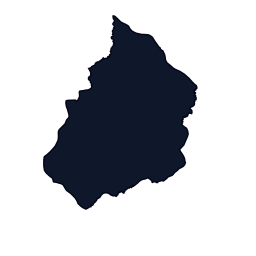 outline of Khongxedone, Saravan, Laos, rotated 119°
{"feature_id": "54806243B74103700383879", "entity_name": "Khongxedone", "entity_type": "district", "adm_level": 2, "iso_a3": "LAO", "parent_name": "Laos", "parent_adm1": "Saravan", "projection": "albers", "projection_center": [105.743, 15.558], "detail": "fine", "context": "isolated", "style": "filled", "palette": "ink", "viewbox_px": 256, "rotation_deg": 119, "n_neighbors": 0, "source": "geoboundaries", "source_scale": "gbopen_adm2", "svg_char_len": 5601}
<svg xmlns="http://www.w3.org/2000/svg" viewBox="0 0 256 256"><g transform="rotate(119 128 128)"><path d="M157.9,73.6L157.1,71.3L153.8,69.9L151.2,69.2L148.0,66.5L146.7,66.1L144.1,65.6L141.1,64.3L138.7,63.7L137.4,62.7L134.9,61.2L132.9,60.7L130.5,61.0L129.3,62.3L127.3,63.8L125.7,65.9L123.8,69.4L123.3,70.5L121.9,72.5L115.7,71.0L114.9,71.1L106.2,72.0L104.0,72.6L102.0,74.1L100.5,75.9L100.0,76.6L99.8,77.4L99.7,79.4L99.3,81.6L99.1,82.1L98.7,82.4L98.4,82.8L97.9,83.1L97.6,83.1L97.2,82.8L96.7,83.1L95.8,83.2L95.5,83.4L95.4,84.2L95.1,84.5L94.6,84.4L94.0,84.2L93.5,84.1L93.2,84.4L92.6,85.0L92.1,85.1L91.8,84.8L91.6,84.3L91.4,84.3L91.3,84.5L91.0,84.5L90.9,84.4L90.9,84.2L91.2,84.0L91.2,83.8L90.5,83.0L89.6,82.8L89.5,82.3L89.2,82.1L88.5,81.8L88.2,81.8L87.3,82.4L86.7,82.1L85.9,82.2L85.4,81.8L85.1,81.2L84.7,80.7L84.7,79.6L84.4,79.4L83.8,80.1L83.6,80.0L83.5,79.9L83.3,79.7L82.8,80.1L82.2,80.3L82.0,81.0L81.6,81.1L81.5,81.4L81.7,81.8L81.5,82.2L81.7,82.9L81.5,83.2L81.2,83.3L80.9,83.3L79.9,83.0L79.5,83.0L79.0,83.3L78.8,83.3L78.6,83.2L78.4,82.8L78.1,82.6L78.1,82.3L77.9,82.0L77.6,82.1L76.9,81.6L75.9,81.3L74.8,81.5L73.8,82.2L73.2,82.6L72.0,82.6L71.7,82.7L71.2,83.0L70.7,83.0L70.4,82.4L70.2,82.3L69.8,82.4L69.4,82.8L68.6,83.1L68.2,83.5L68.2,83.8L68.5,84.0L68.5,84.3L68.4,84.4L67.4,84.4L67.0,84.6L66.9,85.1L67.2,85.7L67.0,85.9L66.3,85.9L65.9,86.0L65.1,85.9L64.7,85.9L64.5,86.2L64.6,86.5L65.1,86.9L64.9,87.7L63.6,87.7L62.4,88.5L62.2,88.4L62.2,87.6L62.0,87.3L61.8,87.3L61.4,88.0L61.1,88.0L60.7,87.4L60.1,87.1L59.8,87.2L59.3,87.4L59.1,87.7L58.6,88.0L57.9,88.7L57.6,90.8L56.7,94.0L55.0,98.8L53.7,104.8L53.4,109.3L53.4,110.5L53.8,114.9L53.7,117.5L52.9,121.0L52.1,125.5L51.5,126.6L50.4,128.2L47.4,130.4L46.2,131.5L45.4,132.5L43.7,134.9L43.6,136.4L43.6,137.3L42.3,139.0L42.2,140.3L41.2,142.3L38.9,147.1L36.9,150.6L36.6,152.3L36.5,154.4L36.9,156.0L39.7,161.8L41.2,167.0L41.3,169.1L41.3,171.7L40.1,175.0L38.9,176.5L38.6,177.7L38.5,180.1L38.7,182.2L38.8,185.7L37.8,189.4L37.5,190.2L36.7,193.7L37.1,195.3L37.6,195.2L39.0,194.2L39.7,193.4L40.0,192.7L40.1,191.9L41.4,191.6L42.7,191.6L43.8,191.8L44.3,191.6L44.7,191.3L44.9,190.9L45.0,190.2L45.1,189.9L45.7,189.1L46.0,188.9L46.5,188.8L47.0,189.1L47.3,189.1L47.9,188.8L48.8,188.7L49.4,188.3L49.7,188.3L50.3,188.6L50.7,188.6L51.4,188.1L51.6,187.4L52.2,187.1L52.5,187.0L53.5,187.0L53.7,186.8L53.8,186.2L54.5,185.6L55.1,185.6L56.2,186.5L56.7,186.5L57.1,186.4L57.8,185.3L57.5,184.5L57.5,184.1L57.9,183.1L58.1,182.9L58.5,183.2L59.1,183.2L59.5,183.1L59.8,182.8L60.0,182.0L60.5,181.5L61.1,181.3L62.3,181.1L63.1,180.6L63.6,180.7L64.6,181.1L65.0,181.1L65.6,180.8L66.0,180.8L66.4,181.3L68.2,180.6L69.4,180.6L69.9,180.1L70.6,179.0L71.0,178.7L71.4,178.8L72.1,179.1L72.6,179.5L72.8,179.5L73.3,179.4L74.2,178.6L74.6,178.6L74.9,178.5L75.1,178.6L75.0,179.9L75.3,180.2L75.6,180.1L76.4,179.8L76.7,179.5L77.4,179.6L77.6,179.9L77.4,180.5L77.8,181.2L79.1,182.2L79.1,182.6L78.7,183.3L78.7,183.6L78.8,183.6L79.9,183.7L80.5,183.8L81.2,184.3L81.7,184.4L82.2,184.4L82.9,185.0L83.4,185.0L83.7,185.4L84.7,185.9L84.9,186.1L85.2,186.9L85.4,187.0L85.9,187.0L86.2,187.4L86.8,187.7L87.7,187.8L88.2,187.6L89.1,187.6L89.6,187.8L91.7,189.4L92.1,189.5L92.4,189.5L92.8,189.3L93.1,189.5L93.7,190.0L94.3,190.4L95.0,191.2L96.7,188.5L97.4,187.5L98.8,186.7L100.3,186.0L100.9,186.2L102.5,186.9L103.4,186.8L104.1,186.4L104.7,185.9L104.9,184.9L104.8,184.2L105.0,183.8L106.2,183.0L106.4,182.8L106.6,181.9L107.0,181.4L108.3,180.8L109.2,179.8L110.0,179.5L110.8,179.4L111.7,179.8L113.3,180.7L114.3,181.7L115.6,183.6L117.0,185.1L119.1,188.0L119.5,188.1L120.3,187.9L123.2,186.0L124.4,185.5L128.1,185.3L129.5,185.9L129.1,187.2L129.4,188.0L133.2,194.3L134.1,195.2L135.2,194.9L136.4,194.3L138.5,192.7L139.6,191.6L140.8,190.1L145.1,185.9L146.5,185.1L147.7,184.8L150.6,185.5L152.2,185.4L153.9,185.1L155.1,185.1L162.8,187.3L164.4,187.2L165.7,186.7L169.6,184.4L172.3,183.3L173.5,183.1L179.0,182.8L181.5,183.3L186.6,184.5L190.7,185.9L193.5,187.2L194.1,187.1L196.3,186.3L199.7,184.5L202.4,182.9L205.5,180.5L206.9,177.7L208.2,172.4L208.2,171.3L208.6,169.5L211.2,167.0L210.1,164.1L209.9,162.8L209.3,160.5L209.0,158.7L209.1,157.6L209.3,156.8L211.7,152.8L212.4,151.3L213.0,146.2L214.7,140.4L216.3,137.4L218.2,135.1L219.1,131.9L219.4,129.9L219.5,128.4L219.3,125.6L217.7,124.4L215.7,123.5L215.2,123.1L214.9,122.3L214.7,122.2L213.8,122.9L213.5,122.9L213.0,122.0L212.9,121.8L212.4,121.7L211.9,121.3L211.4,121.7L211.0,121.7L208.1,120.7L206.1,120.5L204.9,120.7L203.6,119.7L201.9,119.0L199.6,118.9L197.1,118.1L195.2,115.9L194.6,113.8L194.5,112.2L194.9,110.8L194.5,108.2L194.4,108.0L194.2,107.5L193.5,106.8L193.4,106.1L193.6,105.6L193.5,105.3L193.1,105.1L192.1,105.0L191.2,104.6L190.8,104.8L190.4,104.8L190.1,105.0L189.5,104.8L189.3,104.6L189.1,104.6L188.7,104.9L188.3,104.9L188.1,103.9L187.6,103.6L187.3,103.7L186.9,103.5L186.6,103.3L186.6,103.0L186.8,102.6L186.7,101.9L186.9,101.5L186.9,100.8L187.1,100.4L186.9,100.1L186.5,100.2L186.1,100.7L185.9,100.7L185.5,100.1L185.4,100.1L185.0,100.4L184.6,100.2L184.2,100.2L184.1,100.4L183.6,100.3L183.2,100.5L182.7,99.6L182.2,99.6L181.3,99.1L180.1,99.0L180.1,98.3L180.1,98.0L179.8,97.8L178.9,97.7L178.5,97.4L178.5,96.2L178.2,96.1L178.0,96.8L177.1,96.5L176.9,96.4L176.8,95.6L176.4,95.4L175.9,95.7L176.0,95.1L175.6,95.1L175.4,94.6L170.9,92.8L169.5,92.5L167.1,91.3L165.1,89.6L164.7,88.9L163.4,87.6L162.5,87.1L162.0,86.7L161.9,86.0L161.9,85.3L162.1,84.7L162.0,84.1L162.2,83.1L162.3,82.4L162.8,81.8L162.8,81.2L163.0,80.8L163.7,80.6L163.7,80.2L162.4,79.3L162.0,78.9L161.8,76.6L161.6,76.0L161.0,75.7L159.6,75.2L159.2,74.8L158.9,74.2L158.0,73.8L157.9,73.6Z" fill="#0f172a" stroke="#020617" stroke-width="1.5"/></g></svg>